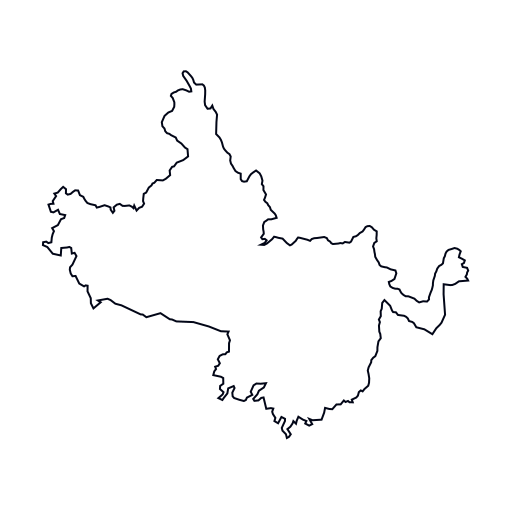 São Luiz Gonzaga, Rio Grande do Sul, Brazil, rotated 4°
{"feature_id": "56859067B99298801417178", "entity_name": "São Luiz Gonzaga", "entity_type": "district", "adm_level": 2, "iso_a3": "BRA", "parent_name": "Brazil", "parent_adm1": "Rio Grande do Sul", "projection": "mercator", "projection_center": [-54.867, -28.39], "detail": "fine", "context": "isolated", "style": "outline", "palette": "ink", "viewbox_px": 512, "rotation_deg": 4, "n_neighbors": 0, "source": "geoboundaries", "source_scale": "gbopen_adm2", "svg_char_len": 6072}
<svg xmlns="http://www.w3.org/2000/svg" viewBox="0 0 512 512"><g transform="rotate(4 256 256)"><path d="M346.6,398.5L350.8,398.1L353.7,394.0L355.5,395.4L357.9,394.2L359.5,395.4L362.7,395.2L361.6,392.6L365.9,390.2L367.4,388.2L368.1,384.6L369.9,382.8L371.8,383.6L373.5,381.1L377.0,377.6L377.6,374.6L377.5,370.1L376.5,365.8L375.5,362.5L376.1,359.2L378.3,354.0L378.3,351.8L380.0,349.3L382.0,347.6L383.7,342.2L383.5,338.5L384.1,332.6L386.2,329.3L385.4,325.1L384.3,322.9L383.5,316.8L384.2,313.3L383.0,310.8L384.7,307.3L384.2,302.4L385.1,299.9L385.2,294.0L387.2,291.0L393.3,296.3L395.5,300.9L396.7,302.4L399.5,302.4L401.7,304.9L407.9,305.3L410.0,306.2L411.8,307.7L413.2,310.2L416.5,310.9L418.2,312.0L420.9,315.9L429.1,317.4L437.4,321.7L440.9,315.5L444.1,311.9L445.7,309.6L448.7,301.4L445.8,281.1L445.2,271.1L451.8,271.5L453.9,271.2L456.7,269.9L460.2,267.1L469.3,265.7L468.3,263.9L466.4,262.2L467.6,259.7L467.8,257.6L468.7,255.8L467.4,253.1L463.0,252.5L461.9,249.8L463.9,248.5L464.6,245.8L461.7,244.4L458.5,243.1L458.9,240.4L459.9,237.0L458.4,235.8L456.3,234.7L453.5,234.2L450.6,235.4L447.6,236.5L445.8,238.3L444.9,240.3L444.4,243.1L443.5,245.1L443.0,250.3L441.6,251.8L439.4,253.2L437.7,255.9L436.9,258.9L435.9,261.1L435.8,263.3L434.6,267.9L434.4,270.7L434.5,273.0L434.1,275.5L433.7,277.5L432.7,280.4L431.4,285.1L431.6,287.3L429.8,289.5L425.9,289.5L422.0,290.9L419.4,289.5L417.0,287.5L410.9,285.6L408.1,285.7L405.9,284.6L403.7,282.9L402.5,281.2L401.5,279.4L399.5,278.8L397.1,278.9L394.5,278.3L392.1,277.0L390.9,274.7L390.3,272.6L392.8,271.5L395.7,269.3L397.2,263.5L396.1,260.7L391.2,259.9L387.3,258.3L385.4,258.2L381.6,257.6L379.9,256.3L378.9,253.9L376.9,251.4L375.0,248.5L374.5,245.8L373.9,243.8L373.3,240.9L372.1,238.3L373.1,234.7L375.4,232.9L374.8,229.9L374.9,226.6L374.7,223.0L371.9,221.6L369.5,219.2L367.3,218.1L365.0,218.5L363.3,219.5L361.9,222.1L360.6,224.1L357.9,225.9L356.1,228.0L354.4,229.3L351.8,230.2L349.8,235.0L348.3,236.2L343.7,235.8L341.6,237.4L339.2,237.2L337.4,237.8L331.9,238.7L330.2,238.0L329.0,236.5L326.7,235.3L325.4,233.2L322.7,232.3L315.6,233.8L312.8,234.2L310.4,235.2L308.9,237.1L306.1,236.2L298.6,234.8L296.7,234.6L295.6,236.2L294.6,238.1L290.8,242.1L289.1,243.0L285.8,240.9L281.3,236.8L277.0,236.3L274.7,235.8L272.7,235.5L270.9,238.1L266.0,242.8L263.4,244.4L260.1,244.4L263.8,242.3L265.5,239.6L263.6,238.3L261.2,238.8L259.8,237.1L262.2,233.3L261.9,231.2L261.3,229.0L260.8,225.1L261.9,221.5L263.9,220.0L265.5,218.6L268.5,218.4L273.9,216.5L272.9,214.0L271.7,212.4L267.5,208.9L266.5,206.3L264.6,204.4L263.6,202.6L261.6,201.3L260.1,199.5L260.9,197.2L261.7,193.9L258.8,189.7L258.6,185.9L256.8,183.9L257.2,180.4L255.7,176.2L253.9,173.3L250.1,170.7L247.4,172.8L245.3,174.7L243.9,176.9L241.6,182.1L238.9,182.7L236.9,182.3L235.4,180.4L235.0,174.9L232.2,174.2L229.6,172.7L227.5,169.7L226.3,167.7L224.6,165.6L223.6,162.5L223.8,158.5L222.4,156.2L220.3,155.0L217.9,152.7L216.5,151.1L215.5,149.2L214.1,145.1L212.9,142.6L211.3,140.3L207.7,137.1L207.2,125.0L207.3,117.7L205.8,115.1L203.3,112.3L201.9,109.0L200.3,112.0L197.4,112.5L194.7,109.1L194.0,105.6L194.0,98.2L193.8,94.4L193.2,91.5L192.1,89.6L190.5,88.5L184.4,89.2L182.1,87.3L181.1,84.6L180.1,82.8L178.8,81.3L175.0,77.6L173.2,76.6L171.0,76.9L170.0,78.8L170.8,81.4L174.6,86.1L178.0,91.2L179.4,93.5L180.0,96.3L177.8,96.8L174.8,95.6L171.2,94.7L168.8,95.2L166.5,96.3L164.9,97.7L162.6,98.6L160.4,100.2L159.9,102.2L161.9,104.2L163.8,108.3L164.0,110.4L164.0,112.9L162.2,117.1L158.5,119.0L155.0,122.6L152.7,129.1L153.6,133.1L155.8,135.2L156.8,137.9L158.7,139.7L161.1,140.2L162.7,141.3L167.7,143.4L169.3,146.4L173.7,149.0L177.6,152.8L180.2,154.2L181.3,161.4L176.7,165.4L170.4,168.4L168.0,172.3L166.1,172.9L163.9,176.7L164.7,181.3L160.6,185.3L157.8,187.1L151.7,187.1L149.4,190.1L147.7,190.9L146.8,192.9L144.3,195.2L142.0,200.4L139.7,201.8L139.5,206.4L139.5,209.1L140.7,211.6L138.9,214.8L136.1,216.1L133.7,219.0L131.0,214.2L130.4,216.8L128.8,215.5L126.1,214.4L121.7,215.2L119.4,215.3L116.5,213.5L113.6,214.5L110.6,217.4L111.6,220.8L110.2,222.9L107.8,219.9L107.4,217.7L105.3,216.9L101.4,215.9L96.6,217.9L93.8,218.8L92.4,216.6L87.1,215.8L84.1,214.9L82.1,212.8L80.7,210.9L79.6,209.0L76.1,207.6L74.0,203.1L71.0,203.1L68.8,204.9L66.7,207.0L63.9,207.9L62.0,206.7L61.8,202.6L58.8,200.5L56.6,202.9L53.8,206.6L50.5,207.8L52.4,210.2L49.4,215.4L50.3,218.0L47.7,218.3L45.4,219.2L48.3,226.2L50.9,226.6L55.3,223.7L57.4,227.8L62.8,228.5L62.0,231.5L58.9,232.9L56.2,239.0L50.7,242.4L52.7,245.3L51.6,248.5L51.0,251.9L50.9,256.6L47.9,257.6L45.8,256.3L42.7,257.1L42.7,260.0L47.2,261.6L53.1,267.9L61.2,269.1L61.2,261.6L66.9,260.7L69.2,260.0L71.1,260.9L72.1,266.4L74.8,265.5L76.9,268.6L73.5,277.4L71.3,280.2L71.2,282.7L72.4,286.4L74.3,289.0L77.4,288.5L81.6,295.8L86.6,298.3L88.1,297.2L90.1,297.4L90.4,303.0L94.1,309.6L94.6,314.7L97.5,319.6L104.3,313.0L101.4,311.4L110.9,309.0L114.0,310.1L119.0,313.4L125.2,314.6L145.0,322.3L147.1,322.3L150.9,324.7L164.7,319.7L174.4,325.1L176.7,325.2L181.1,326.8L198.2,326.3L213.9,329.6L226.2,333.5L233.9,333.3L232.9,336.1L235.9,341.9L235.2,344.8L235.7,353.3L233.5,354.2L232.3,356.1L229.7,356.4L226.7,358.2L225.1,361.7L227.4,365.5L226.0,368.1L223.0,369.3L224.0,371.6L222.4,374.0L221.7,377.8L229.4,378.9L231.8,380.0L232.3,385.7L229.3,388.1L229.3,391.2L233.1,394.1L232.4,396.4L228.4,400.4L232.5,402.0L233.9,399.6L237.0,395.1L237.5,390.0L242.8,387.3L243.8,389.2L241.9,394.0L242.5,397.6L244.1,399.2L249.4,400.6L254.0,401.5L255.9,400.4L256.8,397.9L262.0,394.8L260.2,391.8L262.6,385.2L265.3,383.2L269.6,383.1L274.8,382.2L273.0,386.6L268.3,390.2L267.0,393.9L263.2,398.8L264.5,400.6L268.5,399.9L271.1,397.2L273.4,396.6L276.9,407.7L281.5,406.7L283.9,407.0L283.0,410.2L283.9,412.5L286.6,416.1L285.9,419.4L289.7,421.3L292.6,414.8L296.3,416.4L296.4,418.6L293.7,425.7L294.6,428.4L298.3,431.7L299.5,435.4L301.5,434.1L303.1,431.4L299.4,426.5L302.2,423.9L304.2,420.4L304.8,418.1L307.6,420.5L308.1,417.5L309.5,413.4L314.3,416.0L317.8,417.1L316.8,419.7L320.9,421.5L323.8,419.8L320.5,414.8L323.8,415.9L332.8,414.7L334.9,407.6L335.5,402.7L339.8,403.5L342.8,403.5L346.6,398.5Z" fill="none" stroke="#020617" stroke-width="2"/></g></svg>